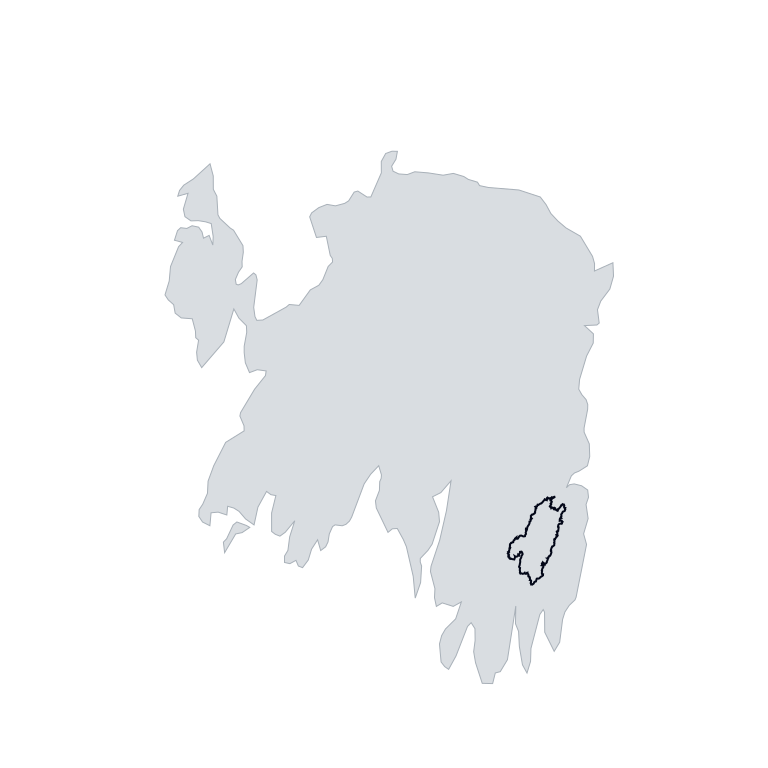 location of Macroom Lea-6, Cork, Ireland, rotated 294°
{"feature_id": "5873133B25756375031462", "entity_name": "Macroom Lea-6", "entity_type": "district", "adm_level": 2, "iso_a3": "IRL", "parent_name": "Ireland", "parent_adm1": "Cork", "projection": "robinson", "projection_center": [-8.909, 51.94], "detail": "fine", "context": "in_parent", "style": "outline", "palette": "ink", "viewbox_px": 768, "rotation_deg": 294, "n_neighbors": 0, "source": "geoboundaries", "source_scale": "gbopen_adm2", "svg_char_len": 9469}
<svg xmlns="http://www.w3.org/2000/svg" viewBox="0 0 768 768"><g transform="rotate(294 384 384)"><path d="M487.6,154.9L471.0,163.5L468.5,166.7L463.9,180.1L463.3,184.0L453.0,198.9L447.1,201.9L438.3,204.4L433.3,206.8L427.0,205.6L419.0,205.7L415.0,208.4L415.2,210.5L417.6,212.8L432.4,219.7L431.6,222.6L427.5,225.8L401.0,233.8L393.1,238.7L390.4,241.9L393.2,247.3L414.5,263.4L418.1,265.1L421.3,274.5L440.0,278.4L447.7,284.3L454.4,285.7L468.7,285.2L474.5,287.4L477.7,285.7L479.6,282.6L495.5,271.2L490.4,262.7L506.5,248.1L510.9,248.3L518.6,252.7L524.9,258.9L527.0,267.2L533.0,274.6L536.9,277.2L547.2,278.7L549.6,281.6L547.9,292.4L549.5,295.9L575.8,295.7L586.2,291.0L595.3,291.8L599.9,296.6L602.0,301.6L594.2,303.5L586.0,302.4L582.1,305.7L581.9,312.0L584.8,320.1L590.4,325.8L594.9,338.7L598.8,353.1L604.6,361.7L606.0,372.5L605.2,377.8L606.4,387.3L604.1,390.6L606.0,399.5L616.1,428.3L618.4,450.7L613.8,459.1L607.6,467.1L603.6,476.6L600.6,486.8L598.9,503.3L585.4,522.6L579.6,527.4L572.8,530.3L587.9,543.8L575.9,549.8L562.6,551.7L547.9,548.3L538.7,548.8L527.2,555.8L524.5,554.5L518.9,543.4L515.0,554.9L506.5,558.5L492.0,557.7L467.8,560.8L458.5,564.0L454.7,569.1L451.9,575.0L448.1,578.5L443.8,580.3L425.1,584.7L421.4,586.4L412.8,595.9L401.5,601.4L392.0,603.1L383.6,597.5L380.2,594.2L376.3,592.5L363.4,592.8L367.5,594.5L370.1,598.4L371.4,605.9L370.0,613.2L363.7,616.9L356.1,617.6L344.1,625.2L328.3,627.3L319.8,634.3L267.4,646.2L264.4,646.3L257.2,643.3L249.4,642.0L241.6,642.9L219.6,649.5L209.0,648.2L222.6,631.8L240.8,623.5L242.7,621.2L236.8,620.1L202.2,625.8L190.2,630.7L178.1,632.2L183.8,624.7L199.3,614.4L212.7,607.6L218.5,601.6L234.8,594.7L182.3,608.9L168.5,607.2L165.3,603.2L154.5,605.1L150.5,595.5L166.6,581.0L175.9,574.8L186.9,571.5L197.5,566.6L201.4,560.7L196.5,558.9L164.8,560.4L149.6,559.1L150.5,554.4L153.3,549.2L169.1,540.4L177.6,539.0L185.2,539.8L198.6,545.0L216.4,543.3L209.0,537.7L207.7,526.2L202.1,522.3L209.4,517.0L217.7,513.8L231.6,502.7L236.6,501.1L264.0,498.4L293.6,492.6L322.9,484.6L307.9,480.1L300.7,474.2L289.1,486.1L280.8,490.7L257.3,493.1L249.8,491.8L239.4,488.1L236.1,489.5L233.0,492.4L217.5,498.2L201.1,499.6L220.2,488.9L244.4,470.7L249.8,464.9L257.4,454.9L255.1,450.5L250.1,448.0L267.6,427.4L273.8,423.7L284.9,423.1L293.1,419.8L296.7,419.8L300.0,418.6L307.2,412.4L296.1,408.5L284.7,406.5L249.3,408.6L244.7,408.2L240.3,406.3L237.5,403.5L235.4,396.6L232.8,395.0L224.8,395.0L216.9,397.1L211.5,396.9L206.1,393.9L214.7,386.7L203.7,385.0L192.4,386.4L183.1,384.3L182.9,379.8L187.1,375.3L181.6,371.1L180.5,365.7L186.4,363.1L192.9,363.9L206.0,360.0L222.8,358.1L208.4,354.1L202.7,350.8L202.5,345.7L203.6,341.3L220.4,333.8L238.1,330.6L236.9,325.7L238.1,320.4L220.2,318.9L202.4,322.6L204.4,312.5L208.7,303.4L209.6,297.3L208.7,290.9L200.4,293.7L199.5,284.6L196.0,278.4L183.7,282.6L184.1,274.4L187.7,268.7L194.1,266.2L200.4,267.3L212.3,267.2L223.7,262.8L240.1,261.7L266.3,263.1L284.3,275.3L288.9,273.1L296.1,265.4L299.5,264.6L326.6,267.9L343.5,272.3L348.0,271.0L345.5,262.4L339.7,256.5L347.0,248.7L355.8,243.5L361.7,240.9L375.3,237.6L381.3,234.6L385.2,224.6L391.5,216.3L357.3,220.6L324.8,210.8L329.9,203.8L336.8,199.9L348.6,196.8L349.7,193.2L355.7,190.2L365.6,182.3L361.9,171.9L363.8,164.4L370.9,159.6L373.1,152.7L376.3,147.7L390.7,145.9L404.5,141.2L425.9,140.5L431.4,142.4L430.1,134.1L440.1,133.0L444.1,134.7L445.9,140.6L450.5,144.3L451.9,150.9L448.9,155.9L443.8,159.8L448.6,163.8L441.3,171.1L449.2,168.0L460.3,160.9L459.6,155.1L457.7,147.9L454.5,141.3L455.9,134.1L462.1,129.6L478.5,127.4L471.7,119.2L477.7,118.5L484.2,120.2L493.9,126.5L514.4,135.5L504.6,143.4L492.4,148.9L487.6,154.9ZM198.8,315.8L198.4,319.7L190.5,314.8L186.7,309.5L165.1,307.0L174.2,301.6L178.6,303.2L193.8,303.5L198.1,305.7L198.8,315.8Z" fill="#d9dde1" stroke="#a8b0b8" stroke-width="1"/><path d="M279.7,566.2L279.5,566.7L279.2,566.7L279.0,567.0L278.9,567.3L278.7,567.2L278.5,567.5L278.2,567.4L277.9,567.6L277.6,567.7L277.4,567.5L277.1,567.6L276.9,567.8L277.0,568.0L276.8,568.0L276.8,568.6L276.6,568.6L276.5,568.8L276.1,569.0L276.0,569.5L275.9,569.6L276.0,569.7L275.7,570.0L275.9,570.3L275.7,570.4L275.8,570.4L275.7,570.8L276.1,571.3L276.1,572.0L276.7,574.4L278.8,574.2L279.7,573.9L279.9,573.7L279.8,574.3L280.3,575.6L282.1,576.6L282.1,576.9L282.3,576.8L282.2,576.7L282.4,576.7L282.5,576.5L282.7,576.8L282.9,576.6L282.9,576.8L283.3,576.7L284.9,576.9L286.0,576.5L286.8,577.8L286.7,578.1L286.2,578.7L285.9,578.7L285.7,579.3L285.2,579.7L284.7,579.9L282.7,579.5L281.7,579.9L280.5,579.9L279.7,579.8L278.6,579.9L277.6,580.5L276.6,580.9L274.3,581.4L274.0,581.6L272.0,581.7L271.4,582.3L271.3,583.1L269.2,583.7L268.2,584.5L266.8,584.9L266.4,585.5L266.7,585.6L266.6,586.0L267.0,586.7L266.9,587.4L267.0,588.0L267.8,588.9L268.7,589.3L268.5,589.5L268.5,590.1L268.2,590.3L268.3,590.9L269.0,591.0L269.7,591.4L270.0,591.8L269.4,592.0L268.8,593.3L268.2,593.7L267.7,593.7L267.0,594.1L267.1,595.0L266.3,595.6L266.5,596.0L264.5,597.1L264.2,597.1L264.4,597.8L264.3,598.2L264.0,598.5L262.4,599.0L261.8,598.9L261.0,599.9L260.7,600.0L261.1,601.1L261.8,601.3L262.1,601.7L262.6,601.9L264.3,601.9L264.6,602.0L265.2,603.0L265.5,603.1L268.1,602.7L268.4,602.8L268.8,603.5L269.1,604.4L269.3,604.6L269.9,605.1L270.8,605.3L272.1,606.0L272.6,606.5L273.8,607.1L274.9,606.7L274.6,605.8L275.2,605.2L275.9,605.0L276.4,604.7L277.6,604.5L277.8,604.0L280.1,603.7L280.4,603.9L281.9,604.0L282.6,603.3L282.7,602.6L282.6,602.2L282.8,602.3L284.0,601.3L285.6,601.5L285.4,601.8L285.2,601.9L285.5,602.0L285.5,602.3L284.6,602.8L284.3,603.1L284.5,603.3L284.4,603.5L284.6,603.7L284.2,604.1L284.2,604.4L285.5,604.2L285.6,604.5L286.2,605.0L286.6,605.1L287.2,605.3L287.8,605.0L289.8,605.0L291.1,604.8L291.2,604.3L291.5,604.8L291.8,604.9L292.6,604.8L292.7,604.6L293.4,604.9L294.2,604.9L294.6,605.6L295.9,605.7L298.2,605.5L298.8,605.1L298.9,604.8L299.5,604.6L299.4,604.3L300.0,604.0L302.7,603.7L303.5,603.9L303.9,603.7L304.2,604.0L304.4,604.3L305.9,605.1L307.5,604.5L307.9,604.5L308.1,604.3L308.3,603.9L309.2,603.9L309.6,603.7L310.5,603.1L310.9,602.8L311.2,602.8L311.6,602.7L311.8,602.9L311.9,603.4L312.4,603.3L313.9,603.7L315.1,603.5L315.3,603.8L315.4,604.2L316.0,604.2L315.8,603.3L316.0,603.1L316.1,603.4L316.0,603.5L316.6,603.6L316.8,603.2L317.1,603.4L317.5,603.4L317.9,603.1L318.7,602.9L319.0,602.2L319.5,601.8L320.0,602.1L320.6,602.9L320.9,602.8L324.3,601.8L324.4,601.6L324.2,601.1L324.3,601.0L326.2,600.6L327.5,601.0L328.5,602.4L328.6,602.7L328.5,602.9L328.6,603.2L328.9,603.3L330.0,603.0L330.7,603.2L330.9,602.6L330.9,602.3L330.8,602.1L330.9,601.9L331.2,602.0L331.4,601.9L331.4,601.4L331.1,601.1L330.8,600.3L330.6,600.1L331.8,599.6L332.5,599.5L332.9,599.6L333.6,600.4L333.7,600.1L334.4,599.9L334.4,599.7L334.9,599.7L335.5,599.9L336.7,599.0L337.4,599.0L337.7,599.0L338.2,599.3L339.4,599.2L340.2,599.4L340.6,599.9L341.5,600.7L343.1,600.6L343.1,600.3L343.4,600.0L344.5,600.0L344.3,599.2L344.6,598.7L345.4,598.3L346.3,598.2L347.1,597.3L346.9,596.9L346.7,596.8L346.6,596.5L346.8,596.0L346.4,595.8L346.1,595.9L345.6,595.8L345.4,595.4L345.1,595.5L344.9,595.2L344.0,595.2L342.7,594.9L340.3,594.2L338.8,594.2L338.8,593.9L339.0,593.9L338.9,593.6L339.2,593.4L339.0,593.1L339.2,592.9L339.5,592.9L339.3,592.7L339.1,592.1L338.8,591.6L339.1,591.2L339.8,590.9L339.7,590.8L339.9,590.4L339.6,590.4L339.3,589.6L339.0,589.6L339.3,589.0L339.4,588.8L339.7,588.7L339.6,588.0L339.2,587.6L339.2,587.2L338.7,587.1L339.2,586.6L339.3,586.3L339.1,586.2L339.5,586.2L339.4,585.6L339.5,585.3L339.6,585.2L340.6,585.4L340.8,585.6L342.0,585.7L342.4,584.9L343.1,585.1L343.6,585.0L343.8,585.2L344.0,585.0L344.6,585.1L344.8,585.1L345.3,584.3L345.3,584.0L345.4,583.8L345.3,583.7L345.3,583.4L345.6,583.3L345.6,583.5L345.9,583.7L346.8,583.8L347.0,584.0L348.1,584.4L349.3,585.4L349.7,585.6L350.2,585.5L350.6,586.2L350.8,586.4L350.6,586.2L350.4,585.7L350.0,585.2L349.4,584.8L349.0,584.2L348.8,583.3L347.5,583.1L347.3,582.1L347.0,581.9L346.8,582.0L346.7,581.7L346.4,581.4L346.6,580.5L346.4,580.2L346.7,580.0L346.8,579.5L346.3,579.3L346.0,579.3L345.3,579.8L344.1,580.0L344.1,579.9L344.1,579.6L344.0,579.2L344.1,578.9L343.9,578.8L344.1,578.2L344.1,577.7L343.0,577.6L341.9,577.2L341.2,577.1L340.4,576.8L339.1,576.4L338.6,576.0L338.5,575.6L337.2,574.8L336.6,574.3L336.3,574.2L336.2,573.4L334.9,573.5L334.3,573.6L334.0,573.4L333.8,572.4L333.4,572.1L333.3,572.3L333.3,572.6L333.2,572.7L332.9,572.9L332.7,573.2L331.8,573.2L331.8,573.4L331.6,573.3L329.9,573.8L328.7,573.9L328.0,574.1L327.8,574.4L327.0,574.2L326.4,573.7L326.0,573.6L325.8,573.3L325.3,573.1L325.0,572.8L325.0,572.4L324.8,572.2L323.2,571.8L322.4,572.3L321.5,572.6L321.5,572.9L321.2,573.1L321.2,573.7L320.7,573.6L319.8,572.9L319.1,573.5L318.2,573.6L317.7,573.4L317.4,572.9L315.9,573.6L314.2,573.6L313.6,573.4L312.2,573.2L311.4,573.2L309.9,573.6L309.6,572.5L308.3,573.0L308.1,573.2L308.2,573.8L306.0,573.8L304.8,574.7L303.7,574.4L302.3,574.7L301.8,574.0L301.4,573.1L301.4,571.1L300.8,570.0L300.6,569.9L300.0,569.8L299.3,569.5L299.3,569.4L297.2,569.2L296.8,568.7L296.5,567.9L296.5,567.4L296.8,567.6L297.7,567.3L296.0,566.5L295.3,566.7L294.7,566.7L294.4,566.5L294.0,566.1L293.6,566.2L292.5,566.1L292.3,566.3L292.0,566.4L291.5,565.9L291.4,565.5L291.0,565.1L290.6,565.0L290.5,564.7L289.8,564.6L289.2,564.3L288.0,564.5L287.6,564.9L286.3,565.2L286.0,565.7L285.6,565.4L285.1,565.5L284.9,565.4L284.6,565.6L284.6,565.9L284.0,565.8L283.2,566.1L282.4,566.0L281.8,566.4L281.7,566.1L281.4,566.0L281.2,566.2L281.0,565.9L280.8,566.2L280.4,566.1L280.5,566.4L280.3,566.4L280.2,566.2L279.7,566.2Z" fill="none" stroke="#020617" stroke-width="2"/></g></svg>